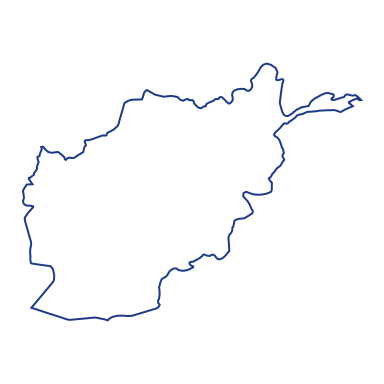 Afghanistan, Mercator projection
{"feature_id": "AFG", "entity_name": "Afghanistan", "entity_type": "country or territory", "adm_level": 0, "iso_a3": "AFG", "parent_name": "Asia", "parent_adm1": "", "projection": "mercator", "projection_center": [67.565, 33.924], "detail": "fine", "context": "isolated", "style": "outline", "palette": "blue", "viewbox_px": 384, "rotation_deg": 0, "n_neighbors": 0, "source": "natural_earth", "source_scale": "50m", "svg_char_len": 4843}
<svg xmlns="http://www.w3.org/2000/svg" viewBox="0 0 384 384"><path d="M164.6,96.6L171.8,95.9L177.5,97.0L180.4,99.9L183.3,100.7L186.2,99.2L188.0,99.0L188.7,99.9L190.1,100.3L192.3,100.1L193.5,100.9L193.7,101.8L193.8,102.7L195.4,104.9L198.3,107.6L200.9,108.3L204.3,106.2L205.4,106.4L206.0,105.7L206.3,104.2L208.4,102.8L212.1,101.4L214.2,100.2L215.0,99.2L216.3,98.9L217.7,99.2L218.6,98.9L219.0,97.9L219.4,97.5L220.1,97.2L220.7,97.0L221.8,97.2L223.9,99.0L227.0,102.2L229.0,103.6L229.9,103.4L231.1,102.4L232.5,100.7L232.8,98.3L232.1,95.1L232.6,92.5L234.3,90.5L237.4,89.3L242.0,88.8L244.8,89.1L245.9,90.1L247.3,90.7L249.0,90.8L250.6,89.6L252.1,87.2L252.2,84.2L250.9,80.6L251.3,79.5L251.8,79.0L253.6,77.7L256.0,75.0L258.4,71.5L260.7,67.3L263.5,64.6L266.8,63.6L270.9,64.8L275.7,68.1L277.5,72.2L276.3,77.0L276.2,79.7L277.2,80.2L278.8,80.0L281.1,79.3L282.6,79.2L283.3,79.9L283.3,81.3L282.5,83.3L281.5,89.0L280.9,94.0L280.3,98.8L279.8,103.1L280.7,106.4L282.1,111.4L283.7,114.6L285.3,115.7L286.9,116.1L288.5,115.8L291.8,113.7L296.7,109.7L301.6,107.3L308.6,106.0L310.9,101.7L314.1,98.9L321.5,94.8L325.6,93.2L327.9,92.9L330.8,93.7L331.4,93.9L332.0,94.1L333.5,94.5L333.8,95.8L333.4,97.1L331.8,98.2L331.3,99.1L331.9,99.8L334.2,100.0L338.9,98.5L341.9,97.5L344.0,97.1L344.8,95.8L346.1,94.6L348.2,94.5L350.5,95.2L352.3,95.6L355.5,95.2L357.2,96.3L359.5,98.4L360.6,99.7L361.0,100.0L359.8,100.2L358.1,99.5L357.4,98.4L357.1,98.3L355.7,99.0L353.2,99.9L348.8,102.2L348.9,102.8L351.7,105.1L352.4,105.9L352.8,106.2L350.2,107.3L344.6,109.8L341.0,111.9L340.1,112.0L337.9,111.1L334.6,110.1L333.8,110.1L326.2,110.3L319.3,110.7L316.4,111.2L311.1,111.7L307.7,111.8L305.6,112.6L303.3,113.7L300.8,114.4L299.0,114.6L296.8,115.6L295.4,117.5L291.3,120.5L289.0,121.9L287.8,123.4L286.5,123.6L284.2,123.3L282.5,125.0L280.5,127.5L277.0,131.0L275.1,132.5L274.0,134.8L274.8,136.0L277.7,137.8L279.0,139.5L279.7,140.8L281.0,144.3L281.9,147.6L283.1,149.1L283.5,151.6L283.8,153.1L283.1,154.2L282.5,155.4L282.5,156.5L283.2,157.7L283.9,158.7L284.2,159.6L283.8,160.5L282.5,161.9L281.8,163.3L280.4,165.8L278.1,167.4L276.6,168.6L275.0,171.1L272.3,173.9L271.2,176.3L270.1,177.5L268.9,178.2L269.2,179.5L270.2,181.0L271.9,182.8L271.8,185.5L271.8,187.5L271.8,189.9L270.9,191.9L266.1,193.8L261.6,194.6L256.0,194.7L253.9,194.4L252.2,194.0L246.1,191.8L243.6,193.1L243.1,196.2L247.6,201.2L249.4,204.0L251.4,208.7L252.9,211.1L252.3,213.3L248.3,215.9L244.3,218.3L239.3,218.8L236.1,219.6L234.5,220.8L233.4,226.1L232.3,228.0L232.3,230.3L231.2,232.8L229.6,234.5L228.4,237.2L228.8,242.3L229.3,251.0L227.1,253.7L224.7,256.4L222.1,258.4L219.7,259.3L217.7,259.0L216.0,257.3L215.1,255.9L213.3,254.7L211.5,254.9L209.7,256.0L206.8,255.6L204.3,254.5L203.1,254.7L202.4,255.8L199.7,258.1L193.2,261.7L190.6,261.9L189.4,262.8L189.9,264.3L191.0,265.5L193.1,266.3L193.2,267.3L191.4,268.2L189.8,269.1L186.5,270.3L182.6,270.8L178.6,270.1L176.5,268.5L174.1,268.4L171.8,269.5L169.5,271.4L167.0,275.5L166.4,276.2L165.7,276.8L164.1,277.7L161.7,279.1L160.5,282.1L159.1,287.4L159.5,290.3L159.6,295.2L159.0,298.7L158.0,301.0L158.2,302.8L159.7,304.8L159.1,306.1L157.8,307.6L156.5,308.4L151.5,309.9L144.6,312.0L140.0,313.4L133.2,315.4L131.2,315.9L127.0,316.0L124.9,315.7L122.0,315.7L117.7,315.7L114.7,316.3L111.7,317.3L109.5,318.5L108.2,319.8L107.8,320.4L104.8,319.4L95.3,317.5L69.7,319.9L67.3,319.5L58.6,316.6L47.3,313.0L40.4,310.7L31.4,307.8L37.5,300.5L42.9,294.1L48.2,287.7L53.5,281.3L54.1,279.1L54.2,274.7L52.8,268.9L50.6,266.2L43.2,265.2L37.7,264.4L31.7,263.5L30.9,263.1L30.2,258.6L30.5,256.6L30.1,252.6L30.2,249.6L31.1,244.6L31.1,242.3L28.3,232.6L26.8,227.2L25.2,221.6L24.8,219.8L24.8,217.6L28.5,212.3L29.6,211.2L31.8,208.6L33.2,207.2L32.9,206.3L30.6,205.7L27.0,205.7L25.1,204.9L23.6,203.5L23.0,201.4L24.0,197.7L23.0,190.6L25.0,187.1L26.7,184.6L32.5,184.2L30.5,181.4L29.5,179.8L28.9,179.3L28.7,178.6L29.0,177.8L30.5,177.5L31.5,176.6L33.1,175.3L34.0,174.7L34.1,173.1L34.9,172.0L36.1,170.6L37.0,168.9L36.8,167.1L37.6,164.8L38.0,163.4L38.6,162.1L38.1,160.3L37.6,158.8L37.4,157.0L38.4,156.5L39.5,155.9L39.8,154.4L40.4,152.6L40.9,151.2L41.6,150.1L41.7,148.9L41.2,147.0L43.2,146.7L44.0,147.8L45.0,149.1L47.8,151.7L49.7,152.4L52.0,152.8L54.8,152.4L57.1,152.0L58.2,152.1L60.7,153.9L63.6,156.5L64.5,157.6L64.9,159.4L65.8,159.9L67.6,158.2L69.4,157.6L71.1,157.9L72.9,158.1L74.7,157.5L75.5,157.0L78.7,154.8L81.6,153.1L83.3,152.0L84.0,148.5L84.8,146.5L86.0,145.3L85.6,143.9L85.1,142.8L84.6,141.2L85.1,140.5L86.2,140.1L89.1,140.1L94.1,138.5L98.4,136.9L102.3,135.6L104.0,135.4L105.7,135.6L106.5,135.3L106.7,134.0L107.6,132.7L109.8,131.7L113.9,129.4L117.5,126.1L118.7,123.6L119.6,119.9L121.3,114.1L123.1,107.9L123.8,105.1L124.6,102.9L127.8,101.1L131.0,99.8L136.1,99.6L142.0,99.4L143.2,96.0L144.0,93.0L145.0,91.5L146.4,90.3L146.9,90.0L150.1,91.8L154.9,94.6L160.6,96.0L163.5,96.7L164.6,96.6Z" fill="none" stroke="#1e3a8a" stroke-width="2"/></svg>